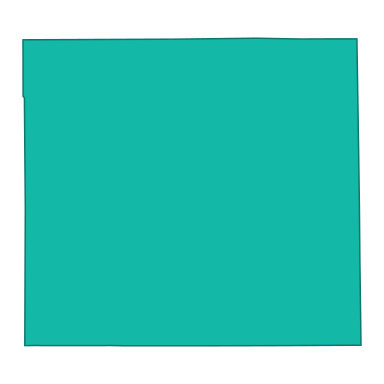 Sumner, Kansas, United States of America
{"feature_id": "52423323B29617609063992", "entity_name": "Sumner", "entity_type": "district", "adm_level": 2, "iso_a3": "USA", "parent_name": "United States of America", "parent_adm1": "Kansas", "projection": "orthographic", "projection_center": [-97.506, 37.238], "detail": "fine", "context": "isolated", "style": "filled", "palette": "teal", "viewbox_px": 384, "rotation_deg": 0, "n_neighbors": 0, "source": "geoboundaries", "source_scale": "gbopen_adm2", "svg_char_len": 498}
<svg xmlns="http://www.w3.org/2000/svg" viewBox="0 0 384 384"><path d="M199.4,345.8L239.1,345.7L245.6,345.7L282.3,345.6L361.0,345.2L359.9,261.9L359.4,205.4L358.6,149.3L356.9,38.9L329.0,38.9L302.1,39.0L293.3,38.9L256.2,38.2L172.5,39.2L23.0,39.8L23.1,96.3L24.4,97.8L25.3,208.0L24.8,345.6L34.5,345.5L34.5,345.4L42.0,345.6L78.8,345.6L102.8,345.6L109.6,345.5L125.3,345.8L146.9,345.8L156.2,345.8L156.5,345.8L166.0,345.8L194.0,345.8L199.4,345.8Z" fill="#14b8a6" stroke="#0f766e" stroke-width="1.5"/></svg>